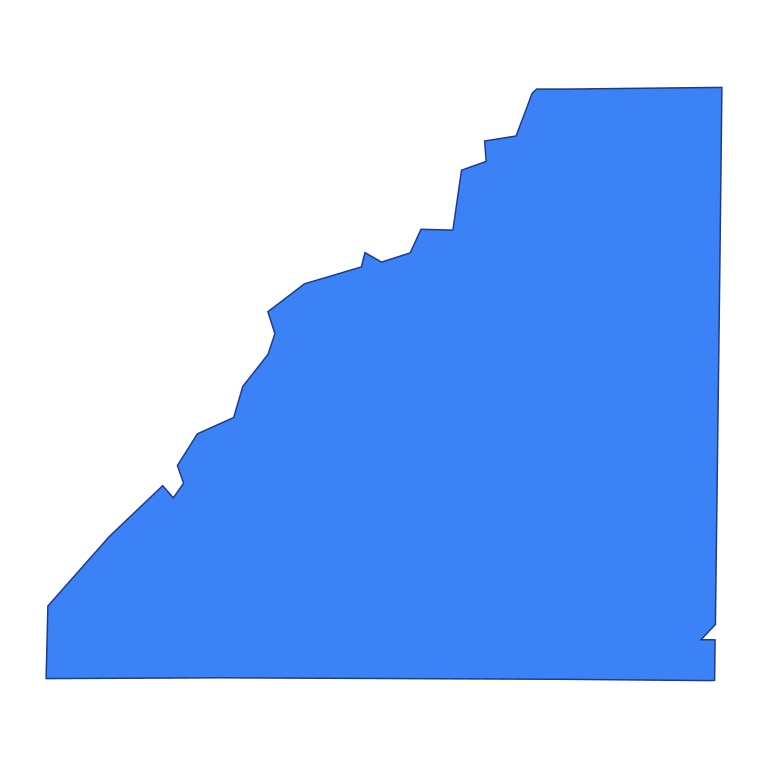 Mitchell, Georgia, United States of America
{"feature_id": "52423323B1848134729501", "entity_name": "Mitchell", "entity_type": "district", "adm_level": 2, "iso_a3": "USA", "parent_name": "United States of America", "parent_adm1": "Georgia", "projection": "natural_earth1", "projection_center": [-84.237, 31.26], "detail": "fine", "context": "isolated", "style": "filled", "palette": "blue", "viewbox_px": 768, "rotation_deg": 0, "n_neighbors": 0, "source": "geoboundaries", "source_scale": "gbopen_adm2", "svg_char_len": 570}
<svg xmlns="http://www.w3.org/2000/svg" viewBox="0 0 768 768"><path d="M564.8,679.3L707.8,680.6L714.6,680.4L715.1,639.8L701.0,639.7L715.4,624.4L719.9,263.4L721.9,87.4L565.6,89.1L536.6,89.1L532.2,93.2L516.1,136.0L484.6,141.0L486.2,161.4L461.5,170.2L452.9,230.1L421.0,229.3L410.2,252.9L381.4,262.1L365.0,252.6L361.4,266.9L304.5,283.8L267.9,311.7L274.9,333.6L268.0,354.4L242.8,386.4L233.7,417.5L197.4,433.8L177.4,465.6L183.6,483.2L173.3,497.8L162.7,485.7L109.2,536.6L47.9,606.0L46.1,678.6L220.3,677.8L564.8,679.3Z" fill="#3b82f6" stroke="#1e3a8a" stroke-width="1.5"/></svg>